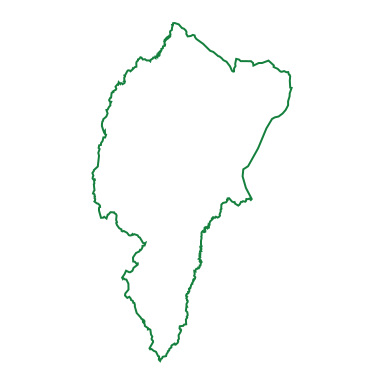 the district of Bolgatanga Municipal, Upper East, Ghana
{"feature_id": "2480657B19364380807593", "entity_name": "Bolgatanga Municipal", "entity_type": "district", "adm_level": 2, "iso_a3": "GHA", "parent_name": "Ghana", "parent_adm1": "Upper East", "projection": "equal_earth", "projection_center": [-0.942, 10.748], "detail": "fine", "context": "isolated", "style": "outline", "palette": "green", "viewbox_px": 384, "rotation_deg": 0, "n_neighbors": 0, "source": "geoboundaries", "source_scale": "gbopen_adm2", "svg_char_len": 5907}
<svg xmlns="http://www.w3.org/2000/svg" viewBox="0 0 384 384"><path d="M291.6,87.9L290.2,87.6L289.8,80.5L290.2,76.4L289.6,74.8L288.9,74.6L288.2,72.1L286.4,72.2L284.1,71.1L281.7,71.8L280.4,71.5L277.6,68.8L273.6,67.0L273.8,65.4L268.5,60.6L262.1,63.0L258.8,63.0L253.4,65.6L253.0,62.9L251.0,61.2L240.7,61.1L238.9,59.5L236.2,58.9L235.2,63.9L235.5,66.1L234.1,68.3L234.0,71.4L233.2,71.6L232.0,70.8L230.0,66.3L226.5,61.7L223.3,60.1L221.7,58.2L219.4,56.4L218.3,56.2L213.3,51.9L210.2,50.8L203.2,43.9L196.4,39.0L195.1,37.3L194.6,35.4L192.8,34.9L190.8,36.0L187.7,36.4L186.3,33.9L186.5,32.0L185.7,30.4L183.9,28.7L181.9,28.0L178.8,24.4L174.6,23.0L173.1,23.2L173.0,24.8L172.1,24.9L172.5,26.3L172.0,27.6L171.9,29.9L170.3,31.1L170.0,32.0L170.5,34.8L169.9,35.8L170.2,36.5L169.4,37.2L169.6,36.5L169.1,35.9L167.0,38.7L166.9,37.5L166.4,37.9L166.5,38.8L165.8,38.9L165.2,40.7L164.6,40.2L164.2,41.5L164.6,41.9L164.5,44.2L165.1,44.4L164.9,45.7L163.0,46.4L162.8,48.3L161.3,49.0L161.5,50.0L160.6,51.8L160.1,51.3L159.2,52.2L159.4,53.0L158.6,53.0L158.4,54.1L159.6,54.9L159.3,55.7L158.5,55.8L158.0,54.8L157.6,56.5L157.1,55.5L156.7,56.9L155.5,56.6L155.5,58.1L154.4,57.4L153.2,57.6L152.9,58.5L150.7,59.8L150.3,61.3L149.4,60.5L146.5,60.4L144.9,59.2L142.8,59.5L141.5,57.6L140.4,57.3L139.4,58.8L138.0,59.4L138.0,60.5L136.8,61.5L136.3,62.8L136.4,66.7L134.7,67.2L133.4,68.6L132.9,68.3L132.5,69.5L130.5,71.3L129.9,70.6L128.2,70.3L127.3,71.1L125.2,75.1L124.4,75.4L125.0,76.5L124.2,77.8L124.4,80.6L124.0,81.2L124.9,81.5L124.4,83.1L122.5,84.2L121.7,83.2L120.5,83.2L120.2,83.9L118.7,82.2L118.1,84.7L117.4,84.4L115.5,86.7L116.3,88.7L115.9,89.7L113.5,91.0L113.4,92.0L112.7,91.9L112.7,92.4L111.6,93.0L111.1,97.6L110.3,97.8L109.1,100.0L109.8,101.6L111.2,101.8L110.2,103.9L110.4,105.4L108.8,107.2L107.7,109.6L106.4,110.0L107.6,113.4L106.3,116.6L103.2,119.3L103.1,120.8L102.4,121.4L102.0,123.7L101.9,126.0L103.3,130.4L103.9,132.0L104.9,130.8L105.0,134.0L106.1,134.7L105.1,137.5L103.4,137.4L102.6,140.9L101.1,143.0L100.9,145.0L99.2,145.3L98.6,147.9L99.6,149.0L98.3,152.9L99.0,155.6L97.8,166.5L93.9,170.1L93.8,171.0L92.4,173.0L93.4,175.7L92.8,176.9L92.6,178.6L93.4,179.5L94.6,179.2L94.9,180.0L94.1,180.4L94.3,183.7L93.8,184.2L94.5,190.3L93.8,191.2L93.0,193.5L94.2,194.0L94.7,195.1L94.5,196.2L95.0,196.6L94.5,198.1L95.2,199.0L95.0,200.5L94.4,201.5L96.9,203.4L98.2,203.7L99.9,205.5L100.1,207.0L99.3,207.3L99.0,208.0L99.0,210.6L101.0,217.8L103.2,217.7L104.2,216.8L106.5,218.5L107.7,214.7L108.3,214.7L110.5,212.2L114.2,212.4L114.4,213.2L116.0,214.1L116.6,215.5L116.1,220.0L117.0,222.2L116.2,223.0L117.0,225.1L119.3,228.3L121.4,229.3L121.6,230.9L122.5,231.4L123.8,231.0L127.1,232.8L128.9,235.2L130.0,235.5L131.0,235.4L132.5,234.1L132.9,234.9L134.3,234.2L137.6,235.3L138.7,237.0L139.9,237.6L143.0,242.9L144.2,243.4L145.5,242.8L144.6,245.5L142.5,245.9L142.5,247.2L141.5,249.2L140.7,250.1L140.0,249.9L139.4,251.4L136.0,253.0L133.0,257.5L133.2,261.5L134.9,261.8L136.3,263.5L137.8,263.4L137.7,264.7L133.6,267.8L132.4,270.8L130.3,272.2L129.1,272.2L126.1,270.7L124.5,274.2L122.1,277.7L122.8,278.9L123.2,278.1L125.0,279.4L126.4,279.6L128.4,283.7L128.5,289.6L125.3,293.5L125.0,295.5L127.3,297.9L129.3,296.8L130.7,298.5L131.0,299.9L132.8,300.9L133.3,302.8L134.3,302.9L134.9,304.9L134.8,306.4L136.7,313.0L140.7,317.5L141.4,318.8L142.6,319.3L142.9,321.3L143.9,320.4L144.5,321.2L144.4,322.2L143.6,322.6L144.7,324.2L144.9,326.0L148.0,328.1L147.9,329.4L149.4,329.1L150.4,329.8L151.0,334.5L152.3,336.6L151.6,338.5L151.7,339.6L152.9,340.7L153.1,342.0L149.5,348.3L150.1,349.3L151.5,349.0L153.5,350.7L156.0,351.8L158.1,356.1L159.0,356.4L159.2,357.3L158.8,359.2L159.2,360.1L160.1,361.0L161.0,358.9L162.0,358.4L162.7,356.8L166.1,356.1L166.5,354.1L167.8,352.3L167.9,351.2L169.2,350.5L169.3,349.0L171.4,347.4L171.3,346.0L171.8,345.3L174.6,343.6L175.1,344.7L175.6,344.7L177.7,342.8L178.2,341.5L177.9,340.4L178.9,338.9L178.6,335.2L180.7,331.7L181.1,330.0L180.8,329.5L180.4,329.8L179.5,328.4L179.8,326.3L183.3,325.8L184.1,324.6L186.2,324.3L185.9,319.5L187.2,317.6L186.7,316.8L187.7,315.2L187.3,312.2L185.9,310.7L186.4,306.9L187.1,306.8L186.4,305.1L186.6,303.6L187.7,301.9L187.6,300.7L187.0,300.4L187.1,299.6L186.3,298.2L187.1,296.8L186.3,296.3L186.5,295.3L186.2,295.1L186.8,293.9L188.2,293.3L188.1,292.3L188.6,292.5L189.4,291.0L188.9,288.9L189.8,288.0L190.3,288.2L191.3,284.6L192.4,283.8L192.1,283.1L193.2,281.5L193.1,280.4L193.6,280.4L193.7,279.5L194.1,279.8L195.0,278.5L195.3,277.2L194.1,275.8L194.7,274.3L194.3,271.0L195.5,271.4L195.4,270.3L196.3,268.8L197.5,268.8L198.2,267.6L198.9,268.1L199.7,266.9L199.7,265.5L200.5,265.3L200.9,262.8L201.6,262.0L201.4,261.6L201.3,262.0L200.1,262.0L199.6,261.1L200.3,260.2L199.8,259.3L198.8,258.9L200.2,257.5L199.5,256.6L199.5,256.1L200.2,256.2L200.3,254.7L199.6,254.8L199.6,253.5L200.3,253.3L200.0,251.7L201.2,251.2L200.8,250.7L201.1,250.0L200.6,249.9L201.3,248.3L200.4,247.8L200.3,246.9L201.0,247.0L202.1,245.5L201.5,245.9L201.0,245.0L201.0,240.9L201.6,237.8L201.2,236.6L201.7,235.7L201.5,233.1L201.8,232.1L202.7,231.1L204.0,232.2L205.3,231.7L205.3,230.3L204.3,229.7L204.8,228.6L204.5,228.0L204.9,227.6L205.3,228.6L206.3,227.2L207.4,228.2L207.7,227.1L208.2,227.4L208.5,225.2L208.9,225.8L208.9,225.1L209.6,224.8L209.5,223.4L210.1,221.5L212.4,219.3L211.9,218.5L212.8,217.5L213.3,218.1L213.9,217.3L215.0,217.8L215.9,216.7L217.6,217.6L219.2,216.7L220.0,215.6L219.6,214.5L220.8,211.3L220.6,209.8L221.5,208.8L221.2,208.3L221.4,204.5L223.1,202.9L226.3,202.2L227.1,200.8L227.0,199.8L227.7,199.8L227.7,198.4L229.1,198.2L231.9,201.5L234.0,202.4L234.6,202.1L235.2,203.7L238.3,205.6L239.7,204.4L241.0,201.9L242.2,201.9L243.0,201.2L245.3,201.7L245.9,201.1L246.4,199.0L247.8,199.2L249.3,198.6L250.8,200.0L251.7,199.0L245.9,187.9L242.6,176.4L243.3,169.3L248.1,166.2L258.1,148.3L266.4,128.4L272.0,119.0L274.7,117.4L278.6,116.5L282.6,113.5L285.7,109.9L288.1,105.3L288.1,101.2L289.6,96.3L289.7,93.4L291.6,87.9Z" fill="none" stroke="#15803d" stroke-width="2"/></svg>